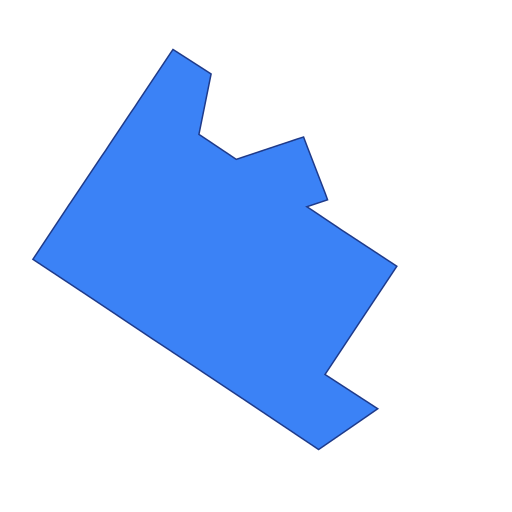 O'Higgins, Chaco, Argentina, rotated 123°
{"feature_id": "61730980B80807938720133", "entity_name": "O'Higgins", "entity_type": "district", "adm_level": 2, "iso_a3": "ARG", "parent_name": "Argentina", "parent_adm1": "Chaco", "projection": "robinson", "projection_center": [-60.713, -27.221], "detail": "fine", "context": "isolated", "style": "filled", "palette": "blue", "viewbox_px": 512, "rotation_deg": 123, "n_neighbors": 0, "source": "geoboundaries", "source_scale": "gbopen_adm2", "svg_char_len": 765}
<svg xmlns="http://www.w3.org/2000/svg" viewBox="0 0 512 512"><g transform="rotate(123 256 256)"><path d="M384.2,98.1L334.1,77.4L327.3,74.6L321.2,72.1L317.8,70.7L317.8,133.6L253.2,133.0L252.8,133.0L187.9,132.3L187.7,169.6L187.6,190.8L187.6,198.2L187.5,202.0L187.2,221.6L187.0,234.0L187.0,240.2L169.9,226.6L165.8,232.0L138.3,270.0L137.0,271.8L130.3,280.9L135.5,285.2L185.7,325.2L185.1,367.1L185.1,370.1L127.8,392.8L127.8,397.8L128.0,438.1L131.7,438.2L190.3,438.9L196.9,438.9L203.6,439.1L243.0,439.6L249.5,439.6L256.1,439.8L312.7,440.6L314.8,440.7L318.4,440.7L380.3,441.3L380.9,372.7L381.8,303.8L381.9,297.9L382.0,277.6L382.1,271.9L382.3,242.3L382.4,236.2L382.9,191.0L383.1,174.8L383.2,168.0L384.2,98.1Z" fill="#3b82f6" stroke="#1e3a8a" stroke-width="1.5"/></g></svg>